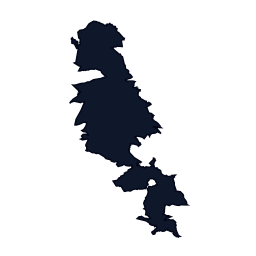 Huaquechula, Puebla, Mexico, rotated 284°
{"feature_id": "50627088B22944090632500", "entity_name": "Huaquechula", "entity_type": "district", "adm_level": 2, "iso_a3": "MEX", "parent_name": "Mexico", "parent_adm1": "Puebla", "projection": "robinson", "projection_center": [-98.531, 18.757], "detail": "fine", "context": "isolated", "style": "filled", "palette": "ink", "viewbox_px": 256, "rotation_deg": 284, "n_neighbors": 0, "source": "geoboundaries", "source_scale": "gbopen_adm2", "svg_char_len": 5786}
<svg xmlns="http://www.w3.org/2000/svg" viewBox="0 0 256 256"><g transform="rotate(284 128 128)"><path d="M32.1,176.5L31.6,178.0L31.1,177.9L31.0,178.4L31.7,179.6L33.9,179.9L35.8,182.4L35.6,183.3L36.4,183.9L36.2,186.4L36.7,188.0L39.4,190.9L38.6,191.2L39.0,191.8L38.2,192.8L37.9,195.3L38.5,196.8L37.4,197.7L36.8,197.2L35.6,198.3L35.9,199.1L35.0,199.4L35.1,200.3L34.3,201.1L34.6,202.1L34.4,203.3L35.1,203.5L35.4,204.5L36.0,202.8L40.2,199.6L44.1,197.9L45.4,198.2L46.1,197.0L47.8,197.2L48.7,196.1L49.3,194.5L49.1,193.9L49.7,193.7L49.0,192.8L49.3,192.1L48.8,191.2L49.5,189.0L48.4,187.5L48.6,187.0L47.1,186.6L47.6,185.4L49.9,187.2L50.6,187.0L51.3,189.6L52.3,191.2L52.7,188.2L52.1,186.8L52.9,184.5L52.8,182.8L54.7,183.6L60.7,182.6L63.0,183.2L62.7,186.8L65.0,189.1L64.9,194.0L65.3,196.5L66.7,198.2L66.5,198.8L67.8,204.2L68.0,203.5L70.0,202.8L71.3,201.7L73.8,198.7L76.2,198.0L77.0,197.2L78.8,194.2L78.4,189.7L79.8,189.3L79.8,188.8L80.5,188.8L81.2,187.9L81.3,188.3L83.9,186.6L86.1,186.1L89.8,183.7L91.7,184.9L92.5,184.4L93.7,185.3L93.5,184.3L92.8,184.0L92.7,182.1L91.9,182.0L90.4,178.5L91.3,176.7L90.4,176.0L91.0,172.5L92.4,170.9L94.3,170.1L94.8,169.2L95.5,166.4L96.3,165.9L95.7,163.9L96.2,163.1L99.3,161.5L102.2,161.9L103.0,162.5L104.8,161.2L104.9,160.0L103.5,160.2L99.0,157.5L97.0,160.6L95.0,158.4L94.7,154.9L93.3,153.9L94.1,152.4L93.8,151.6L93.1,151.6L93.2,151.2L94.3,147.5L94.8,147.7L94.6,146.1L93.8,146.1L93.8,145.6L94.4,145.4L94.6,145.8L95.5,145.8L96.1,145.4L96.1,146.5L96.9,146.9L97.3,148.5L98.2,149.0L100.7,141.2L104.5,135.3L107.1,134.3L107.4,134.6L108.0,133.7L109.4,134.5L110.1,133.8L112.0,134.8L112.9,134.0L113.4,134.2L113.6,136.5L114.3,136.7L113.9,137.0L113.8,141.0L112.9,142.7L114.2,143.0L114.0,143.6L115.1,144.3L116.4,143.4L116.4,142.5L117.3,141.4L119.5,139.6L120.4,136.7L121.3,136.7L121.4,138.1L122.3,138.2L122.6,141.7L122.5,144.6L121.6,146.2L126.6,148.4L126.4,149.7L125.2,150.9L126.6,150.8L126.6,151.3L128.4,152.1L129.7,155.6L131.6,157.5L130.7,161.3L134.5,156.1L135.0,152.2L135.5,152.4L135.3,153.6L136.0,153.9L135.3,155.1L136.1,155.5L135.5,156.5L136.4,156.9L136.0,157.9L136.4,160.0L136.8,159.1L137.9,158.4L139.7,155.9L140.8,153.4L141.0,151.8L141.6,151.3L142.6,149.1L144.0,149.7L144.3,149.1L145.5,149.6L145.7,149.1L146.4,149.9L147.7,147.1L147.6,144.5L152.5,141.2L152.6,140.7L156.2,144.3L156.3,143.8L157.2,144.0L157.8,142.1L157.1,142.0L157.0,140.2L157.3,139.3L158.3,139.3L158.1,138.5L159.4,134.1L159.0,133.1L160.4,132.6L161.5,130.1L163.1,129.5L166.6,129.3L166.8,130.7L168.0,130.6L167.8,127.8L168.9,127.7L168.7,126.7L169.7,126.6L168.9,125.1L168.6,122.8L170.9,123.3L173.7,122.9L174.6,123.6L174.8,122.0L173.4,116.0L173.4,113.1L174.2,114.6L175.5,115.6L177.0,118.5L178.5,119.7L180.3,117.5L181.0,115.1L183.2,114.9L183.9,114.2L184.8,111.3L186.7,110.4L187.4,110.5L189.3,108.7L195.7,105.4L196.3,103.8L197.8,102.6L197.5,101.5L200.3,95.9L201.8,93.8L201.8,93.0L203.5,95.3L203.8,96.7L204.7,97.4L205.7,102.7L211.1,100.4L212.5,101.3L212.6,102.7L214.1,102.8L214.2,101.8L218.3,95.8L218.6,94.1L220.0,93.2L221.6,93.3L221.7,92.0L223.4,91.2L223.3,90.3L222.5,89.9L224.5,87.3L223.8,86.5L225.0,85.1L224.0,84.3L223.7,82.5L222.5,82.0L222.1,82.5L221.6,82.2L222.3,80.8L221.6,80.0L222.6,78.8L222.9,75.8L223.5,74.4L223.1,73.4L223.6,71.8L223.2,68.7L219.7,65.1L216.5,63.8L215.4,63.8L212.5,61.0L211.2,57.8L210.0,56.9L209.1,56.9L208.8,56.2L203.4,58.6L203.5,59.6L201.9,60.3L200.0,60.8L199.5,60.5L199.0,61.1L196.7,61.1L196.6,59.5L195.8,59.6L195.6,59.0L196.3,58.3L198.1,58.8L199.7,58.1L199.7,57.7L198.9,57.2L200.6,55.5L200.9,53.3L202.1,52.1L201.1,51.5L200.6,51.5L199.2,52.8L198.9,52.5L196.8,53.0L196.7,55.1L197.0,55.4L192.8,59.0L193.7,60.2L193.2,60.6L179.0,61.6L178.1,60.2L176.5,65.2L176.3,67.5L171.5,66.3L171.8,67.7L173.1,69.7L173.2,71.2L173.8,72.0L173.7,73.0L174.4,73.8L174.8,75.6L176.0,77.1L177.0,81.3L177.7,81.7L177.0,88.2L175.9,88.7L174.7,90.1L172.8,93.8L172.9,94.8L169.4,89.6L166.5,82.9L163.4,79.6L162.7,77.3L161.2,75.6L159.8,71.6L156.7,66.2L156.3,64.2L151.4,72.7L151.2,71.6L150.0,72.5L149.6,71.3L148.6,71.9L148.1,71.2L147.0,71.9L142.9,68.0L139.1,65.8L137.9,65.6L139.2,66.4L141.0,69.2L141.2,75.9L142.2,76.9L142.5,79.6L133.7,78.2L124.0,75.6L118.3,75.7L118.6,76.7L118.3,76.9L120.1,80.1L123.0,83.7L123.3,86.5L121.3,86.9L118.9,86.5L115.7,85.3L114.4,83.8L113.8,85.2L114.0,89.1L111.5,90.9L111.8,88.8L110.9,86.0L109.0,84.9L107.1,86.8L105.8,84.9L105.5,86.7L107.5,91.2L107.4,92.4L101.3,91.2L100.1,91.8L100.0,92.4L97.4,93.2L96.1,92.6L95.7,94.0L96.2,94.9L96.1,97.1L95.4,99.5L96.0,100.9L95.6,103.3L96.4,105.7L94.4,112.0L93.0,114.1L93.0,119.0L91.9,119.8L91.7,122.9L92.5,124.2L92.7,126.5L91.6,126.7L91.3,126.1L89.9,125.7L88.3,127.8L90.3,131.4L92.0,132.9L91.1,135.1L91.6,139.0L93.0,140.6L91.1,141.2L91.2,141.8L90.0,141.6L87.2,138.4L85.4,138.5L84.6,136.8L83.5,136.3L83.4,135.5L82.4,135.8L81.3,135.3L79.5,132.8L77.9,132.6L77.6,131.6L76.7,131.0L74.7,130.4L72.9,126.4L68.9,130.7L69.9,133.6L69.4,134.1L70.0,135.3L66.7,138.6L65.7,139.7L65.8,140.4L67.2,143.0L67.4,145.5L69.8,148.0L70.8,150.4L70.6,151.6L71.9,152.8L71.5,153.5L71.9,153.8L71.6,154.4L72.2,155.5L72.1,156.2L73.0,158.1L73.8,158.4L73.3,159.3L74.8,160.0L76.2,160.0L78.2,161.1L79.5,159.8L82.0,160.4L82.5,161.0L83.8,160.5L85.0,164.7L84.4,165.5L84.6,166.2L84.3,166.6L80.0,170.4L79.5,168.7L78.2,167.8L77.7,166.3L76.5,165.1L76.3,162.3L74.0,162.1L74.0,161.2L71.3,163.0L68.9,163.2L65.7,162.7L64.7,161.9L62.5,162.6L61.7,161.7L58.7,161.5L54.8,164.0L53.5,163.0L53.3,164.6L51.3,165.8L48.1,166.1L48.1,168.7L47.4,169.0L47.2,170.0L46.3,170.5L46.0,171.9L45.3,171.5L45.7,170.4L44.3,170.0L44.8,168.5L44.7,167.1L44.2,166.5L45.5,162.4L44.9,161.9L44.6,160.3L42.3,158.8L42.3,168.2L40.8,172.2L40.1,172.3L39.6,173.5L40.0,174.2L39.5,174.7L39.8,177.1L38.8,177.7L39.9,179.1L37.8,180.1L37.1,179.9L36.6,178.9L34.9,178.3L33.1,176.5L32.1,176.5Z" fill="#0f172a" stroke="#020617" stroke-width="1.5"/></g></svg>